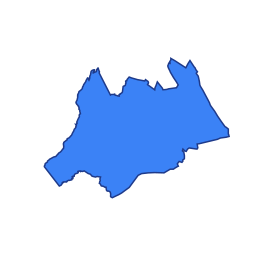 Ketu North, Volta, Ghana, rotated 233°
{"feature_id": "2480657B52907018957478", "entity_name": "Ketu North", "entity_type": "district", "adm_level": 2, "iso_a3": "GHA", "parent_name": "Ghana", "parent_adm1": "Volta", "projection": "mercator", "projection_center": [0.996, 6.191], "detail": "fine", "context": "isolated", "style": "filled", "palette": "blue", "viewbox_px": 256, "rotation_deg": 233, "n_neighbors": 0, "source": "geoboundaries", "source_scale": "gbopen_adm2", "svg_char_len": 5695}
<svg xmlns="http://www.w3.org/2000/svg" viewBox="0 0 256 256"><g transform="rotate(233 128 128)"><path d="M194.4,140.4L193.8,139.9L193.9,139.6L193.8,139.3L193.4,139.3L193.3,139.1L193.3,138.8L193.5,138.6L193.5,138.3L192.1,136.7L192.7,134.4L192.8,133.5L193.0,133.3L193.4,133.7L193.8,134.7L194.0,135.6L194.1,135.9L194.3,136.2L194.4,136.3L194.6,136.3L194.8,136.1L195.1,135.6L195.3,135.1L195.6,134.0L195.5,133.1L195.4,132.6L194.3,131.4L193.3,130.3L193.0,130.0L192.4,128.7L191.9,128.3L191.0,127.5L190.2,126.6L189.7,125.6L190.5,125.7L191.2,126.0L191.7,126.2L192.0,126.2L192.3,125.9L192.2,125.4L192.0,125.1L191.5,123.8L190.9,122.7L190.5,122.3L189.3,118.7L188.4,117.4L188.2,116.7L188.0,116.3L187.8,116.0L187.4,115.8L187.2,115.5L186.9,115.0L186.8,114.5L186.8,114.0L186.6,113.2L186.6,111.1L186.5,110.6L185.7,109.7L185.5,109.1L185.2,108.6L185.0,108.1L184.7,107.9L184.6,107.6L184.4,107.5L183.9,107.3L183.8,106.9L183.1,106.6L182.2,105.6L181.5,104.7L181.2,104.4L180.7,103.7L180.4,102.8L180.2,102.5L179.9,102.1L179.6,102.0L179.4,101.6L179.2,101.6L178.8,101.6L178.6,101.5L178.3,101.5L178.1,101.4L177.8,101.5L177.6,101.4L177.3,101.5L176.9,101.5L176.4,101.5L175.8,101.5L175.3,101.6L175.0,101.5L174.9,101.3L174.4,101.3L173.2,100.9L172.8,100.2L172.6,100.1L172.3,100.1L172.0,100.2L171.7,100.2L170.9,100.0L170.6,99.7L170.2,99.5L169.8,99.2L169.2,99.2L168.7,98.8L168.3,98.7L168.0,98.6L168.0,98.4L168.1,97.9L168.0,97.5L167.8,97.1L167.7,96.8L167.5,96.7L167.2,96.6L166.7,96.1L166.3,96.0L166.0,95.5L165.8,94.9L165.7,94.4L165.4,94.0L164.8,92.8L164.3,92.0L163.7,90.9L163.5,90.6L163.2,90.5L162.6,90.4L162.4,90.2L162.4,89.7L162.5,89.5L162.3,89.3L161.9,89.1L161.7,88.8L161.6,88.7L162.0,88.4L161.9,88.4L161.7,88.4L161.4,88.4L161.0,88.0L160.9,87.9L160.9,87.5L160.5,87.3L160.2,87.1L160.2,86.8L160.1,86.7L159.8,86.4L159.6,85.9L159.4,85.0L159.4,84.5L159.2,84.2L158.8,83.5L158.2,82.8L157.9,81.8L157.7,81.5L157.3,80.5L156.4,79.0L156.1,78.2L156.1,77.4L155.8,76.4L155.7,75.2L155.6,74.7L155.9,73.8L156.0,73.0L155.9,72.7L155.4,72.5L155.2,72.2L155.3,71.2L155.2,70.4L155.2,69.6L155.3,68.9L155.1,68.4L155.1,68.0L154.7,67.7L154.3,66.9L153.3,66.3L153.0,66.3L152.5,65.8L151.8,65.5L151.3,64.9L151.1,64.8L150.3,64.0L150.3,63.9L150.5,63.4L150.5,63.2L150.4,62.8L149.9,61.6L149.8,61.2L149.6,60.2L149.5,59.5L149.7,57.9L149.6,57.2L149.3,56.8L149.4,56.3L148.7,53.2L149.6,51.1L150.1,47.4L150.3,46.5L150.1,45.8L150.0,45.4L150.1,44.5L150.0,43.8L149.6,43.4L149.3,43.1L149.3,42.9L149.3,42.6L149.4,41.9L149.4,40.6L149.2,40.2L148.9,39.8L148.7,39.7L148.4,39.6L148.0,38.4L147.4,37.9L123.0,38.2L122.6,40.1L123.2,42.0L124.0,42.7L123.9,43.1L123.7,43.1L123.4,43.2L123.4,43.4L123.5,43.9L123.7,44.1L123.5,44.3L123.4,44.6L123.1,44.8L123.0,45.1L122.6,45.5L122.4,45.9L122.4,46.2L122.3,46.3L122.0,46.3L121.9,46.9L121.9,47.1L122.3,47.5L122.0,49.0L121.4,49.7L120.5,51.8L120.5,52.1L121.1,52.1L121.5,52.8L120.9,53.6L121.1,53.7L121.5,54.2L122.6,54.1L122.6,55.1L122.4,55.4L122.1,55.5L122.0,55.9L121.9,56.0L122.8,56.9L122.9,57.1L123.1,58.0L123.1,58.6L122.4,60.2L122.3,61.2L122.3,61.3L122.6,61.6L122.9,61.6L123.2,61.6L123.4,61.7L123.5,61.8L123.5,62.0L122.9,62.8L123.0,63.1L122.5,64.0L122.1,64.2L121.7,64.0L121.4,65.0L120.6,65.6L120.5,65.9L120.1,67.2L115.6,68.8L113.8,70.1L111.1,70.3L108.4,72.5L107.9,74.1L105.4,76.6L105.0,76.1L104.6,75.5L104.2,74.9L102.6,74.1L102.1,73.0L101.3,72.2L100.9,72.0L100.9,71.9L99.8,72.2L99.1,72.0L98.3,71.9L98.1,71.8L97.9,71.8L97.7,71.9L96.2,73.3L95.3,73.6L95.1,73.8L94.8,74.0L94.6,73.9L94.4,74.0L93.9,74.8L91.6,73.5L91.4,73.4L90.3,73.4L89.9,73.7L89.5,74.3L89.0,74.7L88.4,75.0L87.5,75.2L87.4,75.2L87.1,75.1L86.6,74.8L85.9,74.6L84.1,73.1L83.8,72.9L83.5,72.8L81.8,73.5L80.7,78.9L80.4,80.2L80.0,83.1L79.9,84.4L79.9,88.1L79.8,93.2L84.1,107.6L83.4,111.4L80.1,117.0L76.4,122.4L70.5,129.8L69.7,136.9L67.8,139.5L67.7,141.6L67.4,144.5L67.2,145.2L69.7,145.8L70.5,148.7L68.1,150.4L68.4,151.7L69.5,152.5L69.5,154.5L71.0,155.7L72.1,156.5L75.1,158.0L77.0,157.7L78.1,159.2L75.4,159.6L74.3,160.4L75.2,162.6L75.3,162.9L75.3,163.6L75.3,164.3L75.1,165.0L74.9,165.2L70.5,169.5L69.6,170.5L69.8,171.0L70.1,171.5L70.1,171.8L73.6,173.6L72.6,175.4L65.1,192.7L64.4,195.8L61.6,200.8L60.4,203.7L61.8,204.3L62.3,204.5L62.8,204.5L66.8,207.5L69.6,206.8L70.6,206.3L71.9,206.3L77.0,206.4L83.6,206.7L89.2,207.3L95.8,207.4L97.2,207.6L99.0,208.2L101.8,208.7L108.2,209.7L113.1,210.5L117.5,210.9L119.0,211.2L122.4,213.1L126.1,214.8L127.0,215.2L127.3,215.3L129.8,215.3L130.7,215.5L131.1,217.3L133.7,217.3L136.0,217.8L136.6,217.6L144.6,218.1L143.4,214.9L141.3,210.4L153.6,205.9L157.8,204.1L157.2,203.7L156.5,203.0L155.8,201.1L155.2,200.8L154.5,200.8L154.4,200.6L154.3,200.4L155.0,200.2L155.3,199.9L155.3,199.7L154.8,198.9L154.1,197.9L153.7,197.2L152.9,196.8L152.3,196.6L151.2,196.3L148.4,195.8L147.0,195.4L141.0,194.7L135.7,194.4L132.2,194.0L131.0,190.9L134.8,184.1L135.4,182.4L136.0,181.3L136.8,180.0L137.6,178.9L139.0,179.4L147.2,179.2L144.9,175.7L144.3,174.5L144.0,174.0L143.7,173.6L142.4,172.3L150.9,169.7L151.1,170.0L151.3,170.8L151.6,171.3L152.0,171.7L153.1,172.0L156.1,171.1L155.5,169.7L160.9,164.7L166.2,160.7L166.8,160.4L168.0,159.6L167.3,156.5L166.5,155.4L166.7,155.2L166.9,154.8L166.8,154.3L166.0,153.8L165.3,153.6L165.0,153.3L164.7,152.5L164.2,152.2L163.9,151.8L163.7,151.4L163.7,150.9L163.9,150.4L163.9,149.9L164.1,149.7L164.1,149.1L160.2,145.3L160.0,144.9L159.9,144.7L159.8,144.4L159.9,143.8L159.8,143.2L160.0,142.5L160.0,142.3L159.7,142.1L159.7,141.9L159.9,141.7L160.0,141.3L160.0,141.1L159.9,140.8L158.8,140.2L159.5,139.4L159.8,139.1L160.6,138.7L161.9,137.5L162.6,137.5L162.9,137.8L163.1,137.8L163.3,137.0L163.4,136.8L164.7,135.0L164.8,134.6L164.9,133.8L189.3,138.1L190.0,139.0L191.9,139.5L193.4,140.1L194.4,140.4Z" fill="#3b82f6" stroke="#1e3a8a" stroke-width="1.5"/></g></svg>